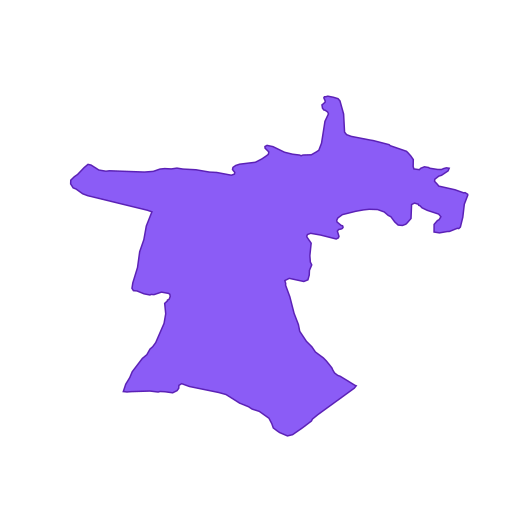 Casillas, Santa Rosa, Guatemala (Equal Earth projection), rotated 101°
{"feature_id": "79465075B57906860405823", "entity_name": "Casillas", "entity_type": "district", "adm_level": 2, "iso_a3": "GTM", "parent_name": "Guatemala", "parent_adm1": "Santa Rosa", "projection": "equal_earth", "projection_center": [-90.184, 14.388], "detail": "fine", "context": "isolated", "style": "filled", "palette": "violet", "viewbox_px": 512, "rotation_deg": 101, "n_neighbors": 0, "source": "geoboundaries", "source_scale": "gbopen_adm2", "svg_char_len": 3172}
<svg xmlns="http://www.w3.org/2000/svg" viewBox="0 0 512 512"><g transform="rotate(101 256 256)"><path d="M190.4,62.2L188.6,60.9L178.5,60.4L165.4,61.4L155.8,59.7L155.0,60.0L153.9,62.9L154.4,64.1L153.0,73.3L152.5,90.0L151.2,91.4L148.6,95.0L146.5,95.1L142.7,91.8L141.4,89.3L135.8,83.7L133.0,83.1L133.1,85.9L134.3,88.4L135.7,90.4L136.4,94.2L136.7,102.5L136.2,103.3L136.3,107.7L138.5,111.1L140.1,112.1L140.4,117.6L138.2,118.8L131.3,120.0L128.3,123.1L125.6,126.6L124.5,128.3L122.1,145.3L121.3,146.6L120.3,163.0L120.4,166.1L120.4,185.3L119.6,190.2L117.5,192.7L99.9,197.1L87.7,203.2L85.9,205.5L85.4,210.4L85.4,216.0L86.3,217.8L86.6,219.2L87.8,219.6L90.7,217.6L92.0,217.6L95.1,220.1L98.3,218.9L99.8,217.1L99.7,216.0L101.0,213.1L102.7,212.0L110.6,214.0L132.7,213.2L140.2,214.5L142.2,216.5L146.1,221.0L147.9,229.1L149.0,230.9L148.6,232.4L149.1,239.6L148.7,247.8L145.4,260.2L145.3,266.3L146.8,268.1L148.4,267.7L151.4,263.3L153.9,263.3L156.2,265.4L159.7,268.9L164.1,274.5L169.0,289.6L171.0,293.2L173.4,295.5L175.5,295.6L176.5,294.6L177.9,292.8L179.7,292.8L181.4,295.6L181.5,310.6L182.5,317.6L182.8,331.4L184.6,344.3L184.8,350.4L186.7,355.8L187.6,362.3L189.0,366.9L192.5,372.9L194.9,381.6L200.3,416.1L201.4,419.5L201.6,426.7L200.4,429.6L198.2,435.3L198.1,438.4L201.9,441.5L210.0,446.7L212.9,449.5L216.9,452.3L220.6,451.7L224.0,448.5L224.6,445.4L228.0,438.0L228.9,432.7L231.8,371.3L232.5,366.6L247.5,369.4L261.4,369.2L274.0,371.0L289.9,370.1L305.9,371.8L311.4,371.6L313.4,369.7L313.0,366.2L314.5,358.7L314.5,352.7L313.7,351.6L313.4,348.8L309.5,341.9L309.4,334.8L310.0,333.3L312.0,332.5L315.0,333.0L316.2,334.5L317.0,334.4L319.9,336.6L330.0,333.6L339.7,333.4L360.1,337.9L364.8,340.1L367.6,342.3L373.7,344.3L378.2,348.0L393.2,355.4L399.4,356.7L406.7,359.4L414.4,360.4L414.2,358.3L414.1,356.7L413.6,355.0L412.9,352.4L408.8,334.4L408.2,326.1L407.3,324.3L406.6,319.4L406.2,311.7L403.2,307.8L400.6,306.6L397.7,307.0L395.5,304.6L396.8,296.5L397.1,266.6L397.7,259.0L403.6,243.9L405.4,234.5L407.0,230.7L407.9,223.1L412.8,212.3L417.6,208.5L421.5,206.2L423.6,201.9L424.8,199.2L426.6,190.8L424.4,186.0L415.8,177.6L407.4,170.1L405.3,169.5L400.0,165.1L367.0,134.3L364.3,132.9L364.1,134.1L358.0,150.4L357.6,153.0L355.8,156.6L353.1,159.0L352.3,159.5L351.3,160.2L350.7,160.9L345.7,166.8L343.2,170.4L338.9,179.4L334.5,183.8L330.1,190.3L321.6,198.7L315.2,201.3L305.0,207.7L289.6,215.0L279.0,221.4L277.3,221.6L274.6,223.0L271.6,219.1L271.9,204.2L269.5,200.5L264.5,200.1L259.9,200.8L254.1,199.6L251.6,201.5L245.4,203.2L232.9,204.3L227.9,209.4L226.8,210.0L225.1,209.6L223.3,206.7L223.1,196.7L224.0,180.5L222.5,178.6L220.9,178.3L216.0,180.9L214.2,179.9L213.8,178.8L213.0,177.1L212.3,176.4L211.1,176.0L209.8,176.8L209.7,178.3L207.1,183.0L205.5,183.6L203.0,182.9L198.9,179.1L195.5,171.8L193.1,166.7L190.2,159.2L188.5,153.7L187.2,145.5L188.3,138.5L190.9,134.0L191.7,131.1L196.1,126.3L198.5,122.4L198.1,118.1L196.2,115.0L194.8,114.0L189.6,111.0L175.8,113.1L173.8,110.5L174.2,106.6L175.2,105.9L175.4,104.5L177.0,102.3L178.5,96.6L180.0,84.7L182.2,82.0L185.4,83.2L186.6,84.7L191.0,87.2L198.5,85.8L198.3,80.3L195.5,73.0L195.0,70.8L190.4,63.7L190.4,62.2Z" fill="#8b5cf6" stroke="#5b21b6" stroke-width="1.5"/></g></svg>